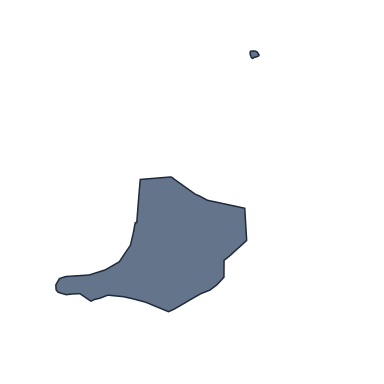 the district of Olorunsogo, Oyo, Nigeria, rotated 210°
{"feature_id": "59680162B59717618896779", "entity_name": "Olorunsogo", "entity_type": "district", "adm_level": 2, "iso_a3": "NGA", "parent_name": "Nigeria", "parent_adm1": "Oyo", "projection": "albers", "projection_center": [4.137, 8.508], "detail": "fine", "context": "isolated", "style": "filled", "palette": "slate", "viewbox_px": 384, "rotation_deg": 210, "n_neighbors": 0, "source": "geoboundaries", "source_scale": "gbopen_adm2", "svg_char_len": 1393}
<svg xmlns="http://www.w3.org/2000/svg" viewBox="0 0 384 384"><g transform="rotate(210 192 192)"><path d="M224.9,46.9L222.8,50.1L218.8,53.8L213.3,60.6L198.9,67.1L188.9,70.2L177.3,73.3L159.2,75.7L152.5,76.6L151.3,78.2L148.9,81.6L145.5,87.5L140.3,96.7L133.6,108.2L127.5,115.9L124.1,123.9L121.7,134.1L130.1,148.9L128.5,152.7L126.6,157.9L126.1,159.8L120.5,177.1L120.5,177.5L138.2,204.3L174.4,192.6L183.5,192.3L188.0,191.7L214.0,194.2L215.6,194.6L217.8,194.5L243.1,177.0L240.3,171.0L231.6,152.6L224.5,137.8L225.8,137.2L224.9,134.3L223.5,130.5L222.0,126.1L218.7,115.0L219.0,111.1L220.1,95.2L228.2,81.2L239.7,68.6L250.5,61.4L259.2,55.6L263.5,50.7L263.5,43.5L261.7,40.7L260.6,39.2L257.8,38.2L249.7,40.1L244.4,44.0L238.2,47.9L224.9,46.9ZM202.7,344.4L203.1,344.5L203.6,344.8L204.6,345.2L205.0,345.6L206.0,345.8L206.3,345.8L207.2,345.8L209.1,345.0L210.6,344.0L211.8,343.0L211.5,342.5L211.4,342.1L211.3,341.6L210.9,340.9L210.4,340.3L209.6,339.6L209.1,339.2L208.6,338.8L208.2,338.5L208.0,338.3L207.8,338.2L207.7,338.2L207.4,338.1L207.1,338.0L206.8,338.0L206.6,337.9L206.4,338.0L206.2,338.2L206.2,338.3L206.0,338.6L205.9,338.7L205.7,338.8L205.7,339.1L205.7,339.3L205.6,339.5L205.4,339.7L205.3,339.8L205.2,340.0L204.9,340.2L204.7,340.3L204.5,340.5L204.4,340.7L204.2,340.8L203.7,341.4L203.4,341.7L203.0,342.3L202.4,343.1L202.3,343.7L202.7,344.4Z" fill="#64748b" stroke="#1e293b" stroke-width="1.5"/></g></svg>